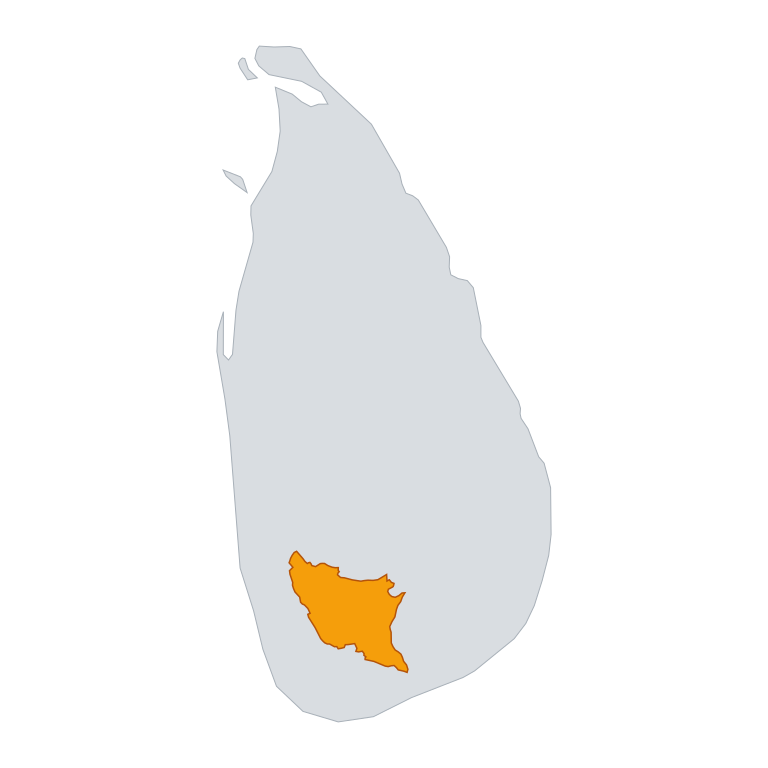 location of Ratnapura within Sri Lanka
{"feature_id": "LKA-2463", "entity_name": "Ratnapura", "entity_type": "District", "adm_level": 1, "iso_a3": "LKA", "parent_name": "Sri Lanka", "parent_adm1": "", "projection": "robinson", "projection_center": [80.592, 6.578], "detail": "fine", "context": "in_parent", "style": "filled", "palette": "amber", "viewbox_px": 768, "rotation_deg": 0, "n_neighbors": 0, "source": "natural_earth", "source_scale": "10m", "svg_char_len": 2669}
<svg xmlns="http://www.w3.org/2000/svg" viewBox="0 0 768 768"><path d="M259.3,46.1L274.1,47.0L289.8,46.5L300.9,48.9L319.8,75.9L371.4,124.2L399.5,173.2L402.0,184.0L405.9,193.2L412.7,195.8L418.3,200.0L446.4,247.4L449.6,256.8L449.2,267.1L450.8,274.8L458.2,278.6L467.3,280.6L473.3,287.7L480.9,325.5L480.9,337.3L483.0,342.4L518.4,401.2L520.5,408.4L520.1,413.8L521.1,418.4L528.0,428.8L538.7,456.8L544.1,463.2L550.6,487.7L551.1,534.5L548.7,555.4L542.1,580.8L534.3,605.6L525.8,623.5L514.2,638.7L474.6,670.9L463.2,677.4L411.5,697.6L373.4,716.7L338.2,721.9L303.0,711.4L276.5,686.3L262.9,649.3L253.6,610.8L240.1,568.0L229.8,435.8L224.9,398.8L216.9,351.7L217.7,331.3L223.4,311.7L223.3,354.6L228.5,360.0L232.5,354.4L236.0,310.0L239.0,291.2L253.0,242.2L253.3,233.5L250.8,215.1L251.0,205.9L271.9,171.5L277.3,151.5L280.2,131.1L279.0,109.0L275.3,87.2L292.2,94.1L301.4,101.7L310.9,106.8L318.6,104.2L327.9,104.1L321.3,92.2L301.6,81.3L269.0,74.6L258.8,65.9L254.9,58.4L256.9,49.6L259.3,46.1ZM242.7,179.4L247.1,192.6L234.4,183.6L226.1,176.0L223.1,170.0L240.4,176.8L242.7,179.4ZM257.3,77.9L247.7,79.8L240.1,68.2L238.3,63.2L240.2,59.8L242.3,58.0L244.8,58.6L248.4,69.4L257.3,77.9Z" fill="#d9dde1" stroke="#a8b0b8" stroke-width="1"/><path d="M404.9,592.8L402.3,597.1L400.7,601.6L397.9,605.4L396.5,609.3L394.9,616.9L392.0,621.6L389.7,626.6L390.2,629.4L391.1,632.2L391.3,643.0L393.0,646.7L395.2,650.0L398.1,651.8L400.9,654.1L402.4,657.3L403.6,661.3L406.5,664.9L407.9,669.3L407.1,672.4L403.9,671.2L398.2,669.9L396.4,667.6L394.1,665.5L391.1,665.8L388.2,666.6L385.2,666.1L373.9,661.4L365.1,659.5L365.1,657.9L365.9,656.9L363.9,655.3L364.1,653.6L362.3,651.2L358.7,651.9L355.9,651.4L356.9,648.3L354.7,643.6L347.9,644.6L345.3,644.7L344.2,647.5L341.2,648.3L338.2,648.8L336.8,646.6L334.4,646.7L329.6,644.0L327.3,644.0L324.7,642.8L322.6,640.8L320.7,638.6L315.1,627.6L308.6,617.3L307.8,614.3L310.1,613.3L307.9,608.5L304.4,604.9L302.3,604.0L300.6,602.2L299.7,597.1L295.0,592.0L293.5,588.5L292.5,585.2L292.7,582.4L290.0,574.3L289.5,570.7L292.9,567.3L289.1,562.8L289.9,560.7L290.6,558.3L292.2,555.3L294.2,552.5L296.6,551.3L303.0,558.7L304.9,561.4L307.3,563.5L308.4,562.8L309.9,562.4L311.1,563.9L311.8,565.6L315.6,566.6L320.3,563.6L322.2,563.4L324.6,563.5L327.9,565.6L332.1,567.2L335.2,567.7L338.3,567.6L338.2,570.4L339.2,571.7L338.0,573.0L337.5,574.8L340.6,577.5L344.4,577.8L352.4,579.9L360.9,581.2L364.1,580.6L367.9,580.2L373.1,580.4L377.9,579.7L386.6,574.5L387.0,581.0L388.2,580.3L389.3,579.8L391.4,582.4L394.0,583.4L393.7,585.0L393.2,586.4L392.6,587.0L388.4,589.2L387.7,591.5L389.3,594.4L391.7,596.5L395.2,597.3L398.9,595.6L402.0,593.0L404.9,592.8Z" fill="#f59e0b" stroke="#b45309" stroke-width="1.5"/></svg>